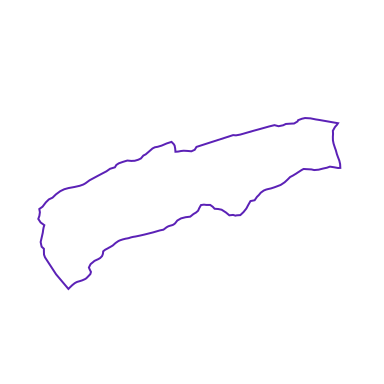 the district of South Mugirango, Nyanza, Kenya, rotated 72°
{"feature_id": "3690345B2420334970551", "entity_name": "South Mugirango", "entity_type": "district", "adm_level": 2, "iso_a3": "KEN", "parent_name": "Kenya", "parent_adm1": "Nyanza", "projection": "natural_earth1", "projection_center": [34.664, -0.838], "detail": "fine", "context": "isolated", "style": "outline", "palette": "violet", "viewbox_px": 384, "rotation_deg": 72, "n_neighbors": 0, "source": "geoboundaries", "source_scale": "gbopen_adm2", "svg_char_len": 2815}
<svg xmlns="http://www.w3.org/2000/svg" viewBox="0 0 384 384"><g transform="rotate(72 192 192)"><path d="M217.4,254.7L217.8,250.1L218.1,245.7L218.4,241.3L218.5,237.7L218.6,234.4L219.0,230.8L218.6,229.6L217.7,227.1L217.3,225.1L217.3,223.3L217.4,221.2L217.3,219.8L216.7,218.0L216.2,217.2L214.6,214.8L213.7,210.6L214.0,205.9L214.9,201.3L213.4,197.4L212.8,194.6L211.7,192.0L209.6,190.1L207.2,187.5L207.7,184.6L208.7,182.4L209.9,178.7L212.5,176.8L214.9,175.7L216.3,172.3L218.0,169.3L221.9,166.1L225.7,163.7L226.5,160.0L227.9,158.0L228.0,156.7L228.9,153.2L227.0,149.2L224.5,145.4L221.6,142.4L218.7,139.2L219.2,135.0L216.7,131.7L215.5,129.3L213.9,126.8L212.8,123.3L212.6,120.7L212.7,119.0L213.0,115.8L213.0,112.1L212.9,109.8L212.8,107.9L212.7,105.7L212.5,104.8L211.4,100.9L209.7,97.2L208.1,94.1L207.5,90.7L207.2,89.5L206.7,87.3L206.1,85.2L205.8,84.0L205.2,81.8L204.8,80.1L204.6,78.7L205.8,75.7L207.4,71.5L208.9,69.0L209.9,64.7L210.2,60.0L210.6,56.2L210.5,53.0L212.4,49.2L214.2,45.9L214.5,45.0L214.9,43.5L211.2,42.5L207.6,42.2L203.9,42.4L200.7,42.5L196.8,42.3L194.1,42.4L189.8,42.4L186.4,42.0L183.1,41.0L180.3,39.9L177.3,39.1L174.6,36.2L174.1,35.5L172.9,33.4L171.7,31.9L162.7,48.9L161.2,51.9L158.6,56.5L156.6,61.6L156.3,64.8L156.5,68.9L157.5,69.8L158.4,73.7L157.2,78.1L156.3,81.7L156.7,84.7L156.2,89.3L153.9,92.9L153.5,98.3L153.1,107.9L152.8,114.1L152.3,128.4L151.7,132.7L150.6,135.3L150.5,173.8L152.7,176.4L153.1,180.0L151.6,183.5L150.2,187.1L149.6,189.9L149.3,192.5L149.0,193.8L148.6,195.3L145.6,194.6L142.5,194.2L140.8,194.6L138.0,196.0L138.0,201.1L138.5,206.6L138.4,210.6L138.0,213.5L138.4,216.1L140.1,220.1L141.9,224.4L142.3,227.0L144.3,230.2L144.7,233.1L144.6,236.8L143.7,240.1L142.1,243.8L142.0,248.3L142.1,252.8L142.9,255.6L144.7,257.7L144.6,262.8L145.9,267.0L146.6,271.2L147.5,276.4L148.4,281.4L149.2,285.8L150.6,290.0L151.0,291.5L151.3,293.2L151.4,296.9L150.9,302.3L150.1,308.2L149.9,312.6L150.5,317.0L152.2,322.1L154.3,326.4L154.8,330.4L156.7,334.2L159.8,338.7L161.0,342.5L164.2,342.9L167.5,344.5L170.1,346.5L174.2,345.4L177.9,342.7L179.9,344.1L182.1,345.3L184.6,346.5L188.8,349.0L192.8,351.4L195.3,351.7L197.6,351.9L200.2,350.4L202.4,351.1L205.8,352.1L208.7,352.0L228.3,346.7L246.0,339.5L245.3,338.2L243.6,334.7L242.5,331.8L242.2,330.4L242.0,329.1L242.1,326.2L242.1,324.9L242.1,323.7L241.8,320.8L241.6,319.8L241.1,318.6L240.0,316.5L238.7,314.1L236.8,312.8L234.3,313.2L233.1,313.3L232.0,313.4L230.1,311.6L229.2,310.6L228.0,307.5L227.4,306.1L227.1,303.8L226.9,302.0L226.4,299.7L225.2,297.4L223.8,296.2L222.8,295.6L221.0,294.8L220.6,293.8L220.1,292.5L219.6,289.6L219.3,288.3L219.1,287.0L218.4,283.9L216.9,280.5L216.0,277.5L215.8,276.4L215.7,275.1L215.7,272.5L215.9,269.4L216.1,268.2L216.3,266.5L216.3,264.1L216.4,262.9L216.5,261.8L216.9,259.3L217.4,254.7Z" fill="none" stroke="#5b21b6" stroke-width="2"/></g></svg>